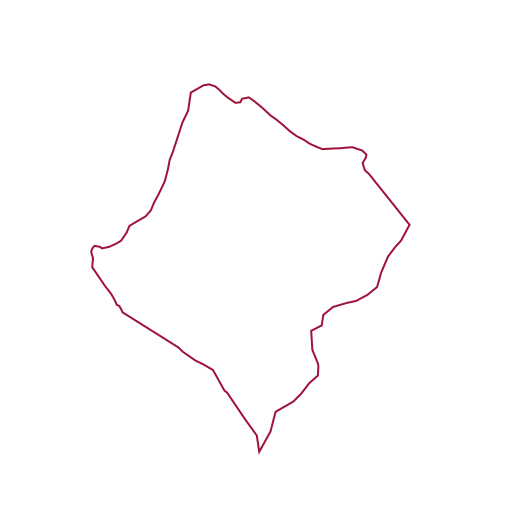 outline of Matu, Sarawak, Malaysia, rotated 63°
{"feature_id": "92858781B59965147339315", "entity_name": "Matu", "entity_type": "district", "adm_level": 2, "iso_a3": "MYS", "parent_name": "Malaysia", "parent_adm1": "Sarawak", "projection": "natural_earth1", "projection_center": [111.67, 2.652], "detail": "fine", "context": "isolated", "style": "outline", "palette": "rose", "viewbox_px": 512, "rotation_deg": 63, "n_neighbors": 0, "source": "geoboundaries", "source_scale": "gbopen_adm2", "svg_char_len": 1346}
<svg xmlns="http://www.w3.org/2000/svg" viewBox="0 0 512 512"><g transform="rotate(63 256 256)"><path d="M431.9,342.0L419.0,322.8L403.7,309.3L402.6,288.7L399.0,277.8L393.5,266.4L390.6,255.1L382.6,250.5L379.7,249.6L365.2,248.4L347.7,240.8L347.7,229.0L339.0,222.7L336.4,210.5L339.0,196.6L341.5,187.0L341.2,174.4L338.6,162.2L327.7,152.1L316.4,138.6L311.3,128.1L308.1,119.7L297.9,105.0L234.1,118.1L229.0,120.1L221.6,118.8L218.2,113.5L215.9,111.6L210.2,113.5L202.8,120.8L200.6,126.0L198.3,131.9L194.9,139.2L190.9,148.4L186.4,152.3L180.7,156.9L173.9,160.8L167.6,165.4L159.7,169.4L152.8,172.0L143.7,175.9L137.5,179.2L126.7,183.2L117.6,187.1L111.4,190.4L109.6,197.0L111.9,200.2L110.2,204.8L101.7,209.4L97.1,211.4L90.9,213.4L86.4,215.3L81.8,219.9L80.1,225.2L80.8,239.9L95.7,250.5L103.7,261.0L112.1,269.4L125.1,282.4L131.0,289.1L138.6,295.0L148.1,303.4L157.1,315.2L161.9,322.3L167.7,329.1L170.6,336.6L171.0,345.1L171.7,355.1L176.4,360.6L181.2,369.4L181.5,375.7L181.2,382.5L179.3,389.8L177.1,390.8L173.7,395.1L174.2,396.9L175.6,399.2L177.2,400.8L179.7,401.5L183.7,402.1L191.6,407.0L214.4,404.1L224.4,402.2L228.7,402.0L232.6,402.0L236.2,402.2L238.5,400.5L242.3,400.3L245.6,400.5L302.2,366.7L308.1,364.7L321.4,357.6L329.0,351.9L338.1,346.1L361.9,345.2L364.4,343.8L396.2,339.9L416.4,336.8L431.9,342.0Z" fill="none" stroke="#9f1239" stroke-width="2"/></g></svg>